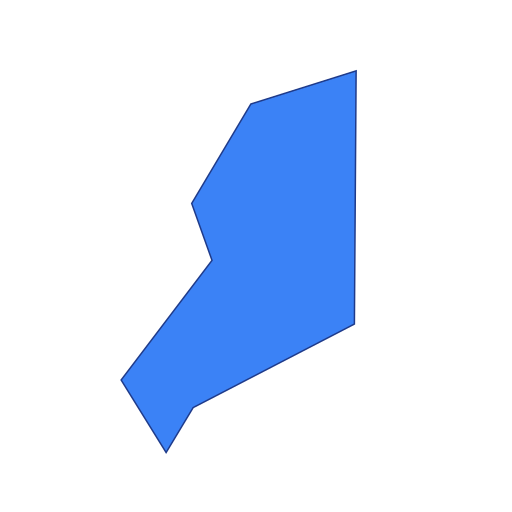 the district of Vlorë, Albania, rotated 48°
{"feature_id": "67620474B93518338354482", "entity_name": "Vlorë", "entity_type": "district", "adm_level": 2, "iso_a3": "ALB", "parent_name": "Albania", "parent_adm1": "", "projection": "mercator", "projection_center": [19.277, 40.495], "detail": "fine", "context": "isolated", "style": "filled", "palette": "blue", "viewbox_px": 512, "rotation_deg": 48, "n_neighbors": 0, "source": "geoboundaries", "source_scale": "gbopen_adm2", "svg_char_len": 276}
<svg xmlns="http://www.w3.org/2000/svg" viewBox="0 0 512 512"><g transform="rotate(48 256 256)"><path d="M185.4,57.7L139.6,158.1L173.9,268.6L229.8,291.6L257.9,439.2L341.9,454.3L326.6,404.1L372.4,228.4L185.4,57.7Z" fill="#3b82f6" stroke="#1e3a8a" stroke-width="1.5"/></g></svg>